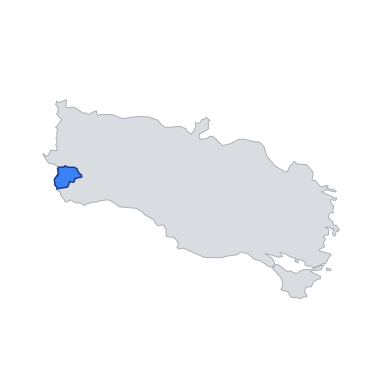 Turkey, with Kars highlighted, rotated 195°
{"feature_id": "TUR-3040", "entity_name": "Kars", "entity_type": "Province", "adm_level": 1, "iso_a3": "TUR", "parent_name": "Turkey", "parent_adm1": "", "projection": "orthographic", "projection_center": [43.226, 40.514], "detail": "fine", "context": "in_parent", "style": "filled", "palette": "blue", "viewbox_px": 384, "rotation_deg": 195, "n_neighbors": 0, "source": "natural_earth", "source_scale": "10m", "svg_char_len": 4780}
<svg xmlns="http://www.w3.org/2000/svg" viewBox="0 0 384 384"><g transform="rotate(195 192 192)"><path d="M292.5,151.0L297.4,152.9L299.1,151.6L303.7,151.9L307.8,152.9L310.0,150.0L312.9,150.3L313.5,151.8L314.8,152.4L319.1,156.2L318.6,156.7L319.6,158.1L323.3,159.0L323.6,161.0L326.5,163.9L328.0,168.3L327.1,171.5L325.5,173.4L327.8,180.2L327.1,181.0L331.7,183.2L337.3,182.8L339.2,183.7L344.7,189.0L346.1,191.0L342.3,188.5L340.2,190.7L339.1,196.0L333.1,197.0L334.1,200.4L335.7,202.0L335.2,205.2L335.6,206.4L337.3,208.5L337.1,211.4L337.9,214.5L337.9,218.1L340.5,219.2L339.3,220.9L336.6,228.4L336.8,229.0L338.7,229.1L343.0,232.5L342.3,233.6L342.8,238.4L346.6,241.4L346.0,243.0L346.2,244.6L343.4,243.9L338.0,248.2L337.3,248.1L336.6,246.7L336.4,242.4L335.0,241.3L333.3,241.1L330.3,243.0L327.6,243.0L324.9,242.6L317.7,240.0L315.0,240.9L312.3,239.9L306.8,245.0L305.1,245.5L304.4,242.9L302.5,241.4L300.1,243.3L290.8,245.7L286.5,246.0L281.3,245.0L277.0,245.2L265.0,250.6L253.6,253.2L243.6,252.5L238.2,248.6L234.0,247.5L220.8,252.2L214.5,251.6L212.5,249.2L207.7,247.9L206.5,250.0L205.2,255.1L206.5,260.0L203.8,260.0L202.0,260.9L201.2,264.5L198.6,265.7L197.6,267.8L197.2,267.8L193.3,265.7L194.5,264.0L192.5,257.2L193.9,255.3L199.5,250.3L199.6,247.2L197.5,244.8L190.7,248.2L189.9,249.7L188.3,250.7L185.8,251.0L174.6,244.7L167.3,248.6L160.9,254.5L156.2,256.4L143.0,256.8L140.6,257.8L136.3,255.9L133.8,253.8L128.7,245.6L118.1,238.5L106.4,235.4L105.2,236.7L104.0,242.4L101.4,247.5L100.4,247.9L97.9,246.2L88.4,248.0L81.1,243.2L80.0,241.5L79.2,234.9L78.1,234.3L76.7,235.0L75.4,234.7L70.3,231.1L67.4,230.4L65.2,232.7L62.1,233.3L62.1,232.5L63.5,231.0L58.8,230.5L56.2,231.4L53.0,230.0L53.3,229.3L56.2,228.9L62.5,229.1L67.1,225.6L52.3,223.2L50.8,223.8L50.9,221.6L51.9,220.8L55.9,220.7L55.9,218.9L53.9,216.5L51.5,215.0L51.1,210.3L50.0,208.9L50.3,208.3L52.8,208.0L53.9,204.8L53.9,202.7L49.5,200.0L48.4,200.0L47.6,198.0L45.8,196.4L44.0,197.1L39.8,193.5L41.0,191.7L42.2,192.0L42.6,190.5L42.2,187.8L42.5,186.5L43.6,186.3L44.7,186.8L45.6,188.5L45.2,191.5L46.2,193.5L47.3,191.9L49.3,193.3L53.3,193.1L54.2,192.5L51.4,192.0L50.5,191.1L49.0,185.9L51.6,184.9L53.7,182.9L50.8,180.8L52.0,177.6L49.9,173.4L54.4,169.3L54.4,168.6L53.3,168.1L41.6,167.9L41.9,165.8L43.0,164.1L43.8,159.5L44.8,157.2L47.0,156.9L50.2,153.7L55.1,150.3L59.4,151.2L61.3,150.3L63.9,150.7L64.4,152.5L66.4,154.1L70.4,154.7L72.5,153.9L71.0,151.5L73.4,151.2L75.1,152.0L73.7,154.1L74.2,154.5L79.5,154.7L84.7,156.1L90.7,156.8L91.6,156.2L87.8,153.2L90.8,151.6L92.4,151.5L105.1,151.6L105.2,151.1L97.8,148.9L94.3,145.6L93.5,143.9L94.8,140.5L95.8,139.7L98.5,140.0L107.6,143.1L114.4,143.1L121.4,146.5L128.5,147.0L130.1,146.2L132.3,143.0L142.9,138.6L146.7,136.0L162.8,132.0L185.7,135.5L189.9,133.6L192.2,134.5L191.4,136.0L191.4,137.4L193.8,141.1L197.8,143.5L203.6,142.3L205.7,143.1L207.2,148.7L210.6,152.3L212.2,152.7L214.6,150.9L216.7,150.8L220.0,152.9L221.0,155.0L232.1,158.0L234.3,159.7L241.8,161.8L258.8,158.8L264.8,161.7L269.9,162.7L272.1,162.4L279.0,159.5L281.2,157.8L285.5,156.4L290.9,153.0L292.5,151.0ZM80.9,120.9L80.1,123.3L80.6,126.1L82.2,130.1L84.2,132.4L94.4,139.3L92.1,143.7L89.2,143.9L80.1,140.1L75.9,141.3L73.2,140.3L69.2,140.5L67.6,143.1L64.4,145.8L56.1,148.3L47.7,154.8L45.5,155.5L46.9,153.0L47.2,150.6L50.8,148.5L55.4,147.2L56.9,145.7L46.1,143.9L45.6,141.3L46.8,141.0L51.0,137.4L51.7,135.7L52.2,131.4L56.8,129.8L57.4,128.9L57.5,124.6L54.0,121.4L54.3,120.2L57.4,119.6L59.5,117.0L63.7,117.3L65.9,116.2L69.6,116.2L73.4,120.6L78.9,120.2L80.9,120.9ZM42.1,153.5L38.4,153.4L37.4,152.5L38.8,151.5L41.7,151.2L42.4,152.6L42.1,153.5Z" fill="#d9dde1" stroke="#a8b0b8" stroke-width="1"/><path d="M323.4,160.1L323.3,160.6L323.5,161.3L323.7,161.9L324.0,162.2L324.7,162.3L325.4,162.6L326.0,163.1L326.6,163.8L326.7,164.2L326.8,164.6L326.9,165.0L326.9,165.5L327.1,165.9L327.8,167.0L327.9,167.4L328.0,167.8L328.1,169.3L327.7,170.0L327.7,170.6L327.1,171.5L326.8,171.9L326.9,172.4L326.7,172.3L326.6,172.6L326.3,172.6L325.9,172.9L325.4,173.5L325.4,173.8L325.8,174.2L326.4,174.8L326.2,175.8L326.0,176.0L325.9,176.4L326.1,176.7L326.5,177.1L327.3,178.0L327.5,178.6L327.2,178.9L327.4,179.2L327.9,179.9L328.0,180.1L327.9,180.4L327.1,180.6L326.9,180.8L327.1,181.4L325.0,182.2L322.9,182.5L322.1,182.9L322.1,183.7L321.4,184.4L320.6,184.0L319.8,184.2L319.1,184.0L317.3,184.0L312.2,185.4L309.1,184.7L308.6,184.0L308.2,183.1L307.8,182.4L307.2,182.2L306.8,182.1L306.6,181.8L306.3,181.4L306.1,181.0L305.6,180.7L305.1,180.5L303.7,180.2L303.3,179.8L302.9,179.2L302.4,178.5L302.9,177.4L305.3,176.6L306.3,176.0L306.8,175.6L307.4,175.2L308.1,174.9L308.7,174.5L308.4,172.4L308.6,171.6L308.7,170.9L310.6,170.6L312.6,170.4L312.9,168.8L313.1,166.3L313.5,164.6L315.5,163.6L318.1,162.5L320.7,161.4L322.3,160.4L323.4,160.1Z" fill="#3b82f6" stroke="#1e3a8a" stroke-width="1.5"/></g></svg>